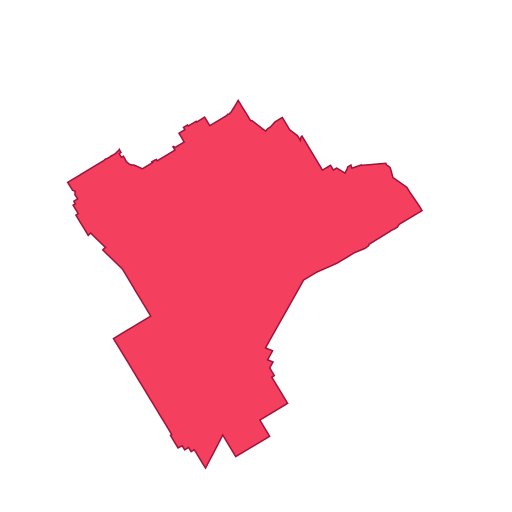 outline of Merredin, Western Australia, Australia, rotated 59°
{"feature_id": "25037944B40039133464345", "entity_name": "Merredin", "entity_type": "district", "adm_level": 2, "iso_a3": "AUS", "parent_name": "Australia", "parent_adm1": "Western Australia", "projection": "equal_earth", "projection_center": [118.19, -31.461], "detail": "fine", "context": "isolated", "style": "filled", "palette": "rose", "viewbox_px": 512, "rotation_deg": 59, "n_neighbors": 0, "source": "geoboundaries", "source_scale": "gbopen_adm2", "svg_char_len": 5271}
<svg xmlns="http://www.w3.org/2000/svg" viewBox="0 0 512 512"><g transform="rotate(59 256 256)"><path d="M253.4,420.7L260.2,420.7L260.4,420.6L267.3,420.6L281.3,420.5L288.3,420.5L302.4,420.5L309.5,420.4L316.4,420.4L323.3,420.4L330.2,420.3L337.0,420.3L344.0,420.3L351.1,420.2L361.5,420.2L364.6,420.2L365.7,420.2L365.7,421.7L371.9,421.7L380.4,421.7L380.5,417.0L385.4,417.0L385.4,412.4L390.3,412.4L390.3,410.4L390.3,409.3L390.3,408.7L391.5,408.6L392.7,408.6L396.1,408.6L402.1,408.6L404.3,408.6L406.2,408.6L409.9,408.5L411.8,408.5L407.7,401.8L403.8,395.3L396.3,383.1L392.3,376.7L405.2,376.7L417.5,376.7L417.5,367.3L417.6,337.2L405.5,337.2L398.6,337.2L398.6,304.8L397.3,304.8L393.2,304.8L385.2,304.8L368.0,304.9L368.0,301.9L359.0,301.9L355.6,296.0L350.9,299.5L345.8,290.6L339.7,295.2L335.3,287.6L328.8,276.2L323.4,266.7L318.1,257.3L313.8,249.8L309.6,242.4L305.4,234.9L305.0,234.3L304.5,233.5L303.7,232.1L303.2,231.2L301.1,227.5L301.1,227.1L301.1,225.6L301.1,220.1L301.1,212.4L303.9,190.2L303.9,187.6L303.9,184.8L303.9,183.3L303.9,171.6L303.8,170.4L305.6,158.7L305.2,154.0L304.2,153.2L304.1,144.2L304.0,138.1L304.0,136.2L303.9,128.3L303.8,126.2L304.1,123.9L304.1,120.1L303.1,117.9L302.6,116.8L302.6,112.8L302.6,109.2L302.6,90.3L300.8,90.3L297.4,90.3L296.9,90.3L289.6,90.7L280.6,91.3L274.9,91.3L259.2,98.2L250.1,95.6L249.1,95.5L244.7,97.3L243.4,97.0L240.6,102.6L236.5,111.1L232.4,119.3L232.1,119.1L230.1,128.6L226.9,127.8L226.9,131.4L227.0,131.4L229.3,134.4L229.6,135.3L230.8,137.0L222.1,141.6L222.1,145.4L216.6,145.4L216.6,154.8L203.7,154.8L196.2,154.8L192.1,154.8L181.4,154.8L177.1,154.8L176.9,154.8L176.9,155.4L177.1,155.9L177.4,156.3L177.7,156.7L179.8,158.4L179.7,158.4L174.2,158.5L165.2,162.1L159.8,162.1L150.8,162.1L150.8,170.6L152.8,177.0L152.9,180.4L153.9,183.5L145.6,186.7L137.9,189.7L137.4,190.9L133.7,191.0L133.6,190.9L130.7,190.9L120.9,191.1L117.9,191.1L113.4,191.1L114.3,192.7L114.8,193.5L115.2,194.3L118.0,199.6L117.9,199.6L119.9,203.4L119.8,204.1L120.5,205.2L120.5,206.4L119.9,207.1L120.5,209.0L120.5,209.7L120.5,209.8L120.5,210.6L120.5,211.1L120.5,211.3L120.5,212.6L120.5,214.0L120.5,215.8L120.5,218.5L120.5,221.8L120.5,223.8L120.5,225.9L120.5,227.5L120.5,228.5L120.2,228.5L119.6,228.5L119.0,228.5L117.5,228.5L116.8,228.5L116.0,228.5L114.4,228.5L112.3,228.5L110.5,228.5L110.5,229.8L110.6,231.8L110.6,233.8L110.6,235.2L110.6,235.9L110.6,237.1L110.6,237.8L109.7,237.9L109.7,247.1L109.0,247.2L108.4,247.2L108.4,251.9L111.1,251.9L111.1,258.8L116.2,258.8L121.3,258.9L121.3,269.3L119.2,270.7L119.1,270.8L118.9,270.9L123.5,270.9L123.5,291.7L121.9,291.7L121.9,293.8L121.6,293.8L121.6,296.8L122.7,296.4L122.7,296.5L122.7,302.1L122.7,308.5L120.5,310.0L118.7,311.2L117.0,312.4L116.0,313.1L115.9,313.2L115.7,313.4L115.5,313.5L115.3,313.7L115.2,313.9L115.0,314.0L114.9,314.2L114.8,314.4L114.7,314.5L114.5,314.9L114.2,315.3L114.0,315.6L113.8,315.8L113.7,316.0L113.3,316.4L113.1,316.5L112.9,316.7L112.7,316.8L112.5,317.0L112.3,317.1L112.1,317.2L111.9,317.3L111.7,317.4L111.5,317.5L109.2,318.2L108.7,318.4L108.2,318.5L107.7,318.5L107.4,318.5L107.1,318.5L105.9,318.4L104.3,318.3L103.6,318.3L102.8,318.3L102.6,318.3L102.3,318.2L102.2,318.2L102.0,320.6L97.9,320.6L97.9,319.9L97.7,319.5L97.7,318.4L94.4,318.3L94.5,318.4L94.6,318.8L94.7,319.1L94.7,319.5L94.8,319.9L94.9,320.2L95.0,320.5L95.0,320.9L95.1,321.3L95.3,321.9L95.5,322.7L95.6,323.3L95.7,323.9L95.8,324.1L95.8,324.3L95.8,324.7L95.8,325.2L95.8,325.7L95.8,326.5L95.8,326.9L95.8,327.2L95.8,327.3L95.7,327.5L95.6,327.9L95.6,328.0L95.5,328.3L95.6,328.7L95.7,329.0L95.8,329.1L95.8,329.4L95.8,330.0L95.8,331.4L95.8,332.6L95.8,333.2L95.8,333.6L95.7,333.9L95.7,334.0L95.6,334.3L95.5,334.6L95.4,334.8L95.4,335.1L95.4,335.3L95.4,335.6L95.5,335.9L95.5,336.0L95.6,336.4L95.7,336.8L95.8,336.9L95.8,337.0L95.8,338.5L95.8,345.8L95.8,352.1L95.8,353.5L95.8,355.1L95.8,359.1L95.8,363.2L95.8,364.1L95.8,364.3L95.8,364.6L95.9,364.9L96.0,365.1L96.1,365.3L95.9,365.5L95.9,365.9L95.9,367.0L95.9,368.5L95.9,369.6L95.9,370.8L95.9,372.0L95.9,374.7L95.9,376.2L95.9,376.4L95.9,379.5L97.3,379.5L97.5,379.4L97.7,379.5L98.2,379.5L99.9,379.5L102.5,379.4L104.1,379.4L104.3,379.4L104.7,379.4L104.9,379.4L105.0,379.4L105.3,379.3L105.5,379.1L105.8,378.9L106.1,378.6L106.4,378.4L106.6,378.3L106.7,378.2L106.8,378.0L107.1,377.7L107.3,377.7L107.3,377.8L107.5,377.9L107.6,378.0L107.9,378.1L108.0,378.1L108.1,378.3L108.4,378.4L108.6,378.5L108.8,378.7L109.0,378.8L109.4,379.0L109.6,379.1L109.8,379.2L109.8,379.3L109.9,379.5L110.0,379.6L110.3,379.7L110.6,379.7L110.9,379.6L111.3,379.6L111.6,379.6L111.8,379.6L112.1,379.6L112.3,379.6L112.5,379.5L112.8,379.5L113.2,379.5L113.3,379.5L113.7,379.5L113.8,379.5L113.9,379.4L114.1,379.4L114.3,379.4L114.6,379.3L115.0,379.3L115.2,379.8L115.2,380.2L115.2,380.4L115.2,380.6L115.2,383.1L115.2,383.3L115.2,383.5L115.2,383.9L115.4,383.9L115.5,384.0L116.5,384.0L118.2,384.0L118.2,386.6L128.2,386.6L128.2,389.3L131.1,389.3L133.5,389.3L134.7,389.3L138.9,389.3L143.4,389.2L147.8,389.2L150.3,389.2L151.9,389.2L151.4,386.8L151.2,385.9L161.2,383.3L170.9,380.7L171.0,380.6L171.8,384.2L172.0,384.2L178.6,382.5L185.2,380.7L193.9,378.4L198.4,377.2L211.3,377.2L218.3,377.2L225.3,377.3L232.3,377.2L239.3,377.2L246.4,377.2L253.3,377.2L253.3,388.1L253.3,406.2L253.3,410.0L253.4,420.7Z" fill="#f43f5e" stroke="#9f1239" stroke-width="1.5"/></g></svg>